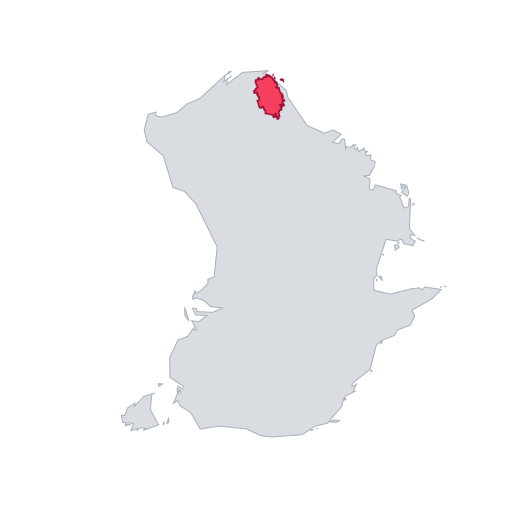 Ashburton, Western Australia, Australia shown in context, rotated 74°
{"feature_id": "25037944B95548638033328", "entity_name": "Ashburton", "entity_type": "district", "adm_level": 2, "iso_a3": "AUS", "parent_name": "Australia", "parent_adm1": "Western Australia", "projection": "mercator", "projection_center": [115.241, -22.235], "detail": "fine", "context": "in_parent", "style": "filled", "palette": "rose", "viewbox_px": 512, "rotation_deg": 74, "n_neighbors": 0, "source": "geoboundaries", "source_scale": "gbopen_adm2", "svg_char_len": 8096}
<svg xmlns="http://www.w3.org/2000/svg" viewBox="0 0 512 512"><g transform="rotate(74 256 256)"><path d="M345.8,98.8L351.0,121.1L357.5,120.0L364.9,126.6L366.2,140.4L370.6,145.2L371.7,158.2L374.8,164.9L396.4,177.5L405.0,198.5L407.4,199.6L407.8,195.8L412.6,199.7L413.3,197.8L415.3,208.5L418.1,211.7L424.3,215.1L436.4,233.5L435.9,246.0L440.5,261.2L434.4,290.2L430.1,300.9L419.4,313.2L409.4,338.1L407.0,357.3L388.4,361.9L379.1,370.4L373.3,371.1L375.0,376.0L365.9,368.9L367.2,367.2L366.6,365.5L365.0,365.4L361.9,368.5L359.7,366.6L363.4,363.7L361.3,361.5L349.0,372.2L329.9,366.9L315.0,354.0L314.5,344.1L307.6,335.3L310.5,335.6L310.4,333.0L300.5,335.6L303.4,329.1L299.6,319.7L296.0,330.4L288.7,331.5L289.9,327.9L293.3,327.9L298.2,313.2L296.8,302.4L291.9,313.8L284.6,318.1L279.7,325.1L280.4,328.6L277.5,328.2L272.7,324.2L275.7,324.2L273.6,317.4L269.0,309.7L265.2,308.7L264.6,302.1L236.6,290.8L189.2,299.4L174.0,307.1L167.3,316.9L134.2,317.5L116.1,329.4L103.9,328.7L90.2,320.6L90.1,312.5L93.4,313.9L96.4,309.0L96.5,292.9L90.9,280.9L88.9,266.1L73.7,235.7L79.6,239.0L76.1,229.9L78.6,235.2L83.0,236.8L75.8,218.2L81.3,193.0L82.4,198.9L87.5,192.4L105.6,181.1L112.0,181.7L144.6,170.9L156.8,156.6L156.0,147.3L162.5,140.7L167.8,151.0L170.7,145.3L167.2,141.2L168.2,138.7L178.8,140.4L175.5,139.4L177.7,135.4L175.8,131.8L181.4,131.3L179.4,128.7L184.1,128.3L182.5,124.5L186.6,120.2L186.9,122.8L190.1,122.4L190.4,117.6L195.1,119.3L198.1,115.4L203.2,118.1L209.9,124.8L208.7,130.3L213.3,125.1L222.9,128.5L224.9,125.6L220.6,121.5L231.9,103.2L234.1,104.4L237.9,99.8L239.3,101.7L250.8,100.3L250.5,95.9L242.8,92.7L244.0,91.6L271.9,101.0L280.0,97.6L278.0,101.1L281.4,103.1L285.6,98.8L289.3,102.4L284.8,110.6L280.0,111.3L280.2,117.2L275.7,126.4L301.0,143.4L308.0,145.1L310.1,149.2L321.6,152.0L329.7,137.2L330.3,115.9L331.6,107.9L334.4,106.0L332.3,102.4L339.2,87.2L345.8,98.8ZM359.7,394.0L374.2,399.9L391.5,396.2L392.6,412.7L391.4,409.7L389.7,413.2L389.3,424.3L383.1,419.8L379.3,430.0L371.8,429.2L373.3,426.3L366.7,421.5L364.1,412.9L367.0,414.4L360.2,402.7L359.7,394.0ZM229.7,91.7L237.7,91.7L240.2,94.0L234.9,98.5L229.7,91.7ZM285.6,338.7L299.9,338.3L293.8,340.8L285.6,338.7ZM287.1,116.0L288.8,120.5L283.7,119.8L284.5,116.5L287.1,116.0ZM435.6,231.4L435.2,225.8L437.2,221.1L438.0,224.5L435.6,231.4ZM387.4,384.5L392.2,385.9L392.4,388.1L387.4,384.5ZM228.9,93.0L231.7,97.5L226.6,97.2L228.9,93.0ZM354.5,385.5L351.8,384.9L353.2,381.1L354.5,385.5ZM314.2,141.4L311.8,142.8L309.3,143.6L310.5,141.0L314.2,141.4ZM73.7,234.4L71.7,231.7L71.5,229.2L71.9,229.1L73.7,234.4ZM391.3,390.3L393.2,391.8L389.6,390.6L391.3,390.3ZM417.0,209.2L418.9,209.2L418.9,211.7L417.0,209.2ZM372.3,158.0L374.5,159.4L374.1,160.2L372.3,158.0ZM383.0,425.8L383.2,428.6L381.4,427.7L383.0,425.8ZM438.8,248.2L439.0,251.3L438.7,251.3L438.8,248.2ZM250.1,91.5L248.8,90.3L249.6,89.6L250.1,91.5ZM287.4,91.7L285.4,94.0L287.7,90.0L287.4,91.7ZM439.1,244.4L438.2,245.5L438.8,244.3L439.1,244.4ZM290.3,133.4L289.2,133.9L289.8,132.8L290.3,133.4ZM283.2,115.8L281.8,116.1L282.6,114.7L283.2,115.8ZM94.1,181.2L93.7,183.1L93.0,183.0L94.1,181.2ZM336.9,86.2L336.8,87.7L336.3,86.6L336.9,86.2ZM365.0,366.4L365.3,367.5L364.8,367.2L365.0,366.4ZM284.9,94.6L282.3,96.2L285.0,94.2L284.9,94.6ZM182.7,122.2L181.7,123.3L182.3,122.1L182.7,122.2ZM384.0,423.8L383.1,424.4L383.6,423.4L384.0,423.8ZM313.0,146.9L311.6,146.9L312.3,146.0L313.0,146.9ZM177.3,130.5L176.6,131.1L176.5,129.7L177.3,130.5ZM391.0,418.1L389.8,418.8L390.2,417.3L391.0,418.1ZM337.8,82.0L337.6,83.0L336.9,82.5L337.8,82.0ZM364.3,368.0L365.5,369.1L363.5,368.8L364.3,368.0ZM399.0,177.4L398.0,177.5L398.4,176.2L399.0,177.4ZM407.0,195.6L406.5,195.6L406.9,194.7L407.0,195.6ZM360.3,392.1L360.0,393.0L359.7,391.8L360.3,392.1Z" fill="#d9dde1" stroke="#a8b0b8" stroke-width="1"/><path d="M118.0,187.3L118.0,190.7L118.4,190.7L118.4,191.5L117.2,191.5L117.2,189.1L116.7,189.1L116.7,188.0L114.7,188.0L114.7,185.9L113.3,185.9L113.3,187.4L110.3,187.4L110.3,186.9L111.0,186.9L111.0,186.2L109.6,186.2L109.6,186.9L109.1,186.9L109.1,186.3L109.3,186.3L109.3,186.0L108.5,186.0L108.5,186.5L106.5,186.5L106.5,187.7L103.3,187.7L100.8,187.5L100.8,188.2L100.3,188.2L100.3,189.6L99.3,189.6L99.3,190.1L98.9,190.1L98.9,189.1L98.2,188.7L98.2,188.4L95.2,188.4L95.1,188.5L95.3,188.7L95.3,188.8L95.3,188.7L95.3,188.8L95.2,188.7L94.8,188.8L94.8,189.0L94.9,188.9L94.9,189.0L94.9,188.9L94.9,189.1L94.6,189.2L94.8,189.2L94.7,189.2L94.7,189.3L94.9,189.4L94.8,189.5L94.8,189.4L94.7,189.4L94.6,189.5L94.8,189.7L94.7,189.6L94.5,189.8L94.4,189.4L94.4,189.8L94.3,189.6L94.2,189.6L94.3,189.7L94.3,189.8L94.3,189.7L94.2,189.6L94.3,189.6L94.3,189.4L94.1,189.6L93.9,189.5L93.6,189.7L93.9,189.6L94.0,189.7L93.8,189.8L93.6,189.8L93.2,190.0L93.3,190.2L93.2,190.2L92.9,190.2L92.4,190.2L92.2,190.2L92.3,190.2L92.2,190.3L92.1,190.2L91.9,190.4L92.1,190.5L91.9,190.5L91.8,190.4L91.6,190.5L91.8,190.6L91.6,190.5L91.4,190.7L91.5,190.8L91.4,190.9L91.3,190.7L91.1,190.6L90.7,191.0L90.4,191.1L90.6,191.1L90.4,191.2L90.0,191.0L89.9,191.0L89.7,191.1L89.9,191.0L90.1,191.0L89.9,190.9L89.6,191.2L89.4,191.1L88.9,191.6L88.2,192.1L87.6,192.2L87.3,192.5L87.3,192.9L87.4,192.6L87.2,192.5L86.9,192.7L86.9,193.3L87.0,193.4L86.9,193.4L86.7,193.5L86.8,193.6L86.7,193.7L86.7,193.8L86.8,193.8L86.7,193.8L86.6,194.2L86.4,194.2L86.4,194.4L86.4,194.1L86.3,194.3L86.2,194.4L86.3,194.5L86.2,194.4L86.1,194.7L86.1,194.8L85.8,194.8L85.8,195.0L85.9,194.9L85.8,195.1L85.9,195.4L85.9,195.6L85.8,195.4L85.6,195.4L85.8,195.7L85.6,195.6L85.7,196.0L85.6,195.8L85.5,195.7L85.2,195.7L85.2,195.8L85.5,196.0L85.4,196.0L85.6,196.3L85.4,196.2L85.3,196.3L85.2,196.2L85.2,196.5L85.5,196.6L85.1,196.5L85.4,196.8L85.2,196.7L85.3,196.8L85.1,196.8L86.2,196.9L86.2,199.1L86.9,199.1L86.9,200.7L87.9,200.7L87.9,201.2L87.5,202.0L87.2,203.1L87.5,203.1L87.5,203.3L87.1,203.3L86.9,203.7L86.5,203.7L86.5,204.2L85.4,204.2L85.4,204.7L86.0,204.7L86.0,205.3L87.2,205.3L87.2,206.2L86.8,206.2L86.8,207.8L87.8,207.8L87.8,208.5L91.9,208.5L91.9,207.9L94.5,207.9L94.5,208.8L95.0,208.8L94.9,208.8L94.9,209.7L95.6,209.7L95.6,210.7L96.5,210.7L96.5,211.3L96.8,211.3L96.7,212.3L97.2,212.3L97.2,212.6L98.1,212.6L98.1,212.8L99.0,212.8L99.0,209.7L99.9,209.7L99.9,209.9L100.5,209.9L100.5,210.2L101.0,210.2L101.0,210.5L101.9,210.5L101.9,209.9L103.7,209.9L103.7,209.0L104.7,209.0L104.7,209.7L107.0,209.7L107.0,212.0L108.7,211.9L108.8,211.8L114.0,211.8L114.0,211.3L114.8,211.3L114.8,210.7L115.1,210.1L115.1,209.3L114.3,209.3L114.3,208.8L114.1,208.8L114.1,208.3L114.8,208.3L114.8,207.7L115.9,207.7L115.9,207.9L117.3,207.9L117.3,207.7L118.1,207.7L118.1,206.9L118.9,206.9L118.9,207.1L121.2,207.1L121.2,208.3L125.0,201.0L127.6,201.0L127.6,199.5L126.6,199.5L126.6,198.7L125.2,198.7L125.2,198.4L124.3,198.4L124.3,197.7L125.2,197.7L125.2,198.0L127.6,198.0L127.6,197.7L130.3,197.8L130.3,197.1L130.1,197.1L130.1,196.3L129.9,196.3L129.9,196.2L128.1,196.2L128.1,195.9L128.5,195.9L128.5,194.8L126.3,194.8L126.3,194.7L124.0,194.7L123.7,194.5L123.7,193.8L122.7,193.8L122.7,192.3L122.2,192.3L122.2,191.9L122.4,191.9L122.4,191.2L121.9,191.2L121.9,190.8L120.7,190.8L120.7,191.1L119.7,191.1L119.7,190.3L119.2,190.3L119.2,189.6L119.5,189.6L119.5,189.2L119.2,189.2L119.2,188.2L118.8,188.2L118.8,189.1L118.1,189.1L118.1,188.5L118.4,188.5L118.4,187.8L118.7,187.8L118.7,187.3L118.0,187.3ZM93.1,182.6L92.9,183.1L93.1,183.4L93.2,183.2L93.3,183.1L93.5,183.2L93.6,183.4L93.9,183.1L94.0,183.1L94.0,182.8L94.2,182.5L94.3,182.5L94.4,182.3L94.4,182.2L94.5,182.2L94.4,181.9L94.5,181.8L94.3,181.4L94.1,181.2L93.6,181.9L93.4,182.1L93.1,182.6ZM85.7,194.3L85.9,194.8L86.0,194.8L86.0,194.6L85.9,194.4L86.0,194.2L85.7,194.1L85.7,194.3ZM94.0,189.5L94.4,189.2L94.1,189.3L94.0,189.5ZM89.9,188.9L90.3,189.0L90.4,188.9L90.1,188.8L89.9,188.9ZM94.5,189.3L94.5,189.6L94.7,189.4L94.5,189.3ZM92.1,190.2L92.4,190.0L92.4,189.9L92.2,190.0L92.1,190.2ZM93.1,183.7L93.0,183.8L93.2,183.5L93.1,183.4L93.1,183.7ZM87.3,190.6L87.3,190.3L87.1,190.2L87.3,190.5L87.3,190.6ZM86.3,194.2L86.2,194.0L86.3,194.2ZM93.1,184.1L93.0,183.9L93.1,184.1ZM93.9,189.4L94.0,189.4L93.9,189.4L93.9,189.4ZM95.3,180.9L95.4,181.1L95.5,181.1L95.3,180.9ZM85.5,195.3L85.5,195.5L85.5,195.3Z" fill="#f43f5e" stroke="#9f1239" stroke-width="1.5"/></g></svg>